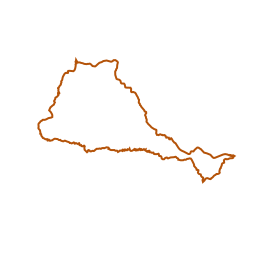 the district of Calarca, Quindío, Colombia, rotated 241°
{"feature_id": "7082276B90066028966732", "entity_name": "Calarca", "entity_type": "district", "adm_level": 2, "iso_a3": "COL", "parent_name": "Colombia", "parent_adm1": "Quindío", "projection": "albers", "projection_center": [-75.682, 4.454], "detail": "fine", "context": "isolated", "style": "outline", "palette": "amber", "viewbox_px": 256, "rotation_deg": 241, "n_neighbors": 0, "source": "geoboundaries", "source_scale": "gbopen_adm2", "svg_char_len": 5813}
<svg xmlns="http://www.w3.org/2000/svg" viewBox="0 0 256 256"><g transform="rotate(241 128 128)"><path d="M194.3,148.2L194.0,147.2L194.0,146.0L194.2,145.3L197.4,142.0L198.5,138.9L198.4,137.0L198.9,134.6L198.4,132.1L197.9,130.2L197.8,129.1L198.0,128.8L199.4,127.0L201.5,126.5L202.8,125.8L203.3,124.3L203.7,123.7L203.8,123.0L204.3,122.2L205.3,120.8L206.5,119.9L207.9,118.3L208.7,117.7L209.4,116.3L209.9,115.9L211.3,115.6L212.7,115.6L211.9,115.0L211.6,114.4L211.3,114.3L210.5,114.0L209.7,114.4L209.4,114.3L209.3,113.3L209.0,112.9L208.1,112.6L207.0,111.8L205.5,110.5L204.4,109.0L204.2,107.7L206.3,104.7L206.9,103.4L206.5,102.7L205.6,102.5L205.3,102.1L206.4,100.2L206.3,99.3L206.0,98.5L204.5,96.1L203.7,95.2L201.9,93.7L201.2,92.2L200.0,91.8L199.5,90.9L198.5,90.3L197.9,88.5L196.5,86.5L196.6,86.4L197.0,86.6L196.9,86.2L196.6,86.0L195.9,86.1L195.4,85.9L194.5,85.2L194.1,85.0L192.1,84.9L191.6,84.7L191.6,84.4L192.6,84.2L192.6,83.8L191.5,83.2L190.6,83.2L189.8,81.3L189.7,79.2L188.5,78.2L187.4,76.4L186.9,76.3L185.9,76.5L185.4,75.7L184.7,74.9L184.3,74.2L184.3,73.2L183.6,70.1L181.7,67.6L179.2,68.2L176.7,68.2L175.9,68.0L174.3,67.1L174.3,66.1L175.2,63.2L175.2,60.9L175.4,59.6L175.8,58.5L176.4,57.7L176.5,57.2L176.2,56.5L176.2,54.7L175.6,53.6L175.5,52.9L175.1,51.9L174.5,51.4L172.2,50.3L171.7,49.8L171.1,49.5L170.5,49.5L168.8,49.9L166.0,49.0L165.6,48.5L165.2,48.9L164.6,49.0L163.5,48.5L162.5,48.5L161.2,48.8L160.6,48.7L159.7,49.5L158.2,50.3L157.5,51.8L156.2,51.5L155.9,51.7L155.8,52.2L156.3,52.8L156.3,53.1L155.9,53.3L154.6,53.6L154.5,54.4L154.0,55.6L154.2,57.6L154.2,58.4L154.1,58.8L152.4,61.1L151.1,61.7L150.7,62.1L150.4,63.0L149.3,63.3L147.8,64.8L147.6,65.4L147.7,66.2L147.4,66.8L145.6,68.2L144.5,69.3L143.7,69.8L143.2,69.8L143.0,70.3L141.8,71.3L141.7,73.5L141.2,73.9L140.3,73.7L140.0,73.9L140.0,75.2L138.3,76.4L138.5,77.5L138.4,77.9L138.1,77.9L137.0,77.7L136.5,77.4L135.8,78.0L135.7,78.7L134.6,78.7L134.0,79.4L133.9,81.0L133.6,81.2L132.8,81.2L132.0,80.3L130.0,79.5L126.7,80.4L126.9,81.3L127.8,82.2L127.8,82.8L127.1,83.4L126.0,83.6L125.5,84.2L125.3,85.5L125.1,86.2L124.5,86.8L124.4,87.4L124.8,88.9L125.0,90.5L124.1,92.2L123.9,93.1L122.9,94.2L123.1,94.8L122.6,96.6L121.9,97.2L121.5,99.9L120.3,101.4L119.2,101.5L119.0,100.9L117.1,102.3L116.6,103.0L115.4,105.3L114.2,106.0L113.5,107.4L113.0,107.6L111.9,107.6L111.9,108.8L112.2,109.9L111.7,110.7L111.5,111.7L110.6,111.9L110.4,112.1L110.5,112.4L111.3,112.9L109.8,114.0L109.9,114.5L110.8,114.6L110.7,114.9L110.4,115.3L109.5,115.6L109.0,116.5L109.6,117.3L108.7,118.1L108.7,118.4L109.2,119.3L108.2,119.1L107.3,119.1L106.7,119.3L106.5,119.6L106.2,120.3L106.1,121.4L106.4,123.1L105.6,123.0L105.3,123.3L106.0,124.0L105.9,124.3L105.2,124.9L104.6,124.3L104.4,124.3L104.4,125.6L103.9,125.6L103.7,125.8L103.8,126.2L104.3,126.9L104.0,127.5L104.2,128.2L104.0,128.3L102.9,127.9L102.7,128.0L102.7,128.3L103.2,128.9L103.2,129.3L103.0,129.5L102.4,129.2L102.0,129.4L101.6,130.4L101.8,131.7L100.7,132.0L100.7,133.0L99.9,132.4L99.6,132.4L98.7,133.0L98.3,134.1L98.2,134.1L97.7,133.6L97.5,133.9L98.0,134.8L97.9,135.5L97.6,135.7L96.7,135.1L96.3,135.2L95.5,136.4L94.7,136.9L94.3,138.2L94.2,138.3L92.9,138.1L92.4,138.4L91.1,140.7L90.7,142.2L90.2,142.3L88.7,141.7L88.2,141.9L87.7,142.8L87.1,143.2L86.4,143.2L85.0,142.7L84.2,143.0L83.7,143.4L83.2,144.5L83.7,145.8L83.6,147.1L83.3,147.7L82.4,147.9L82.0,148.3L81.6,151.0L80.2,154.0L79.8,155.6L79.5,155.9L78.1,156.2L77.6,156.7L76.9,157.0L76.4,157.0L75.9,156.6L74.1,158.6L73.0,160.8L73.0,161.9L72.2,163.2L72.3,164.8L71.7,166.1L71.7,166.9L70.8,168.1L69.3,168.3L64.6,168.1L63.5,167.9L62.9,167.4L62.7,167.4L59.2,168.2L58.6,167.8L58.2,167.7L57.7,168.1L57.3,168.9L57.0,169.1L56.5,168.9L55.2,167.6L54.7,167.5L53.6,167.7L52.1,169.1L50.7,168.7L49.6,168.8L49.1,169.0L48.3,169.6L47.9,169.6L47.4,169.3L46.3,167.9L44.5,167.4L45.0,169.4L45.8,170.7L46.0,171.5L46.0,172.2L45.6,173.2L43.8,174.7L43.3,175.4L43.3,175.8L43.7,176.4L43.7,177.5L43.9,178.4L44.6,180.2L44.6,181.9L44.9,183.1L44.2,184.3L44.1,185.9L44.5,186.6L45.8,186.9L47.3,188.3L47.8,188.9L47.9,189.6L48.3,189.8L49.9,191.9L50.9,192.6L51.3,193.4L51.1,195.3L51.6,195.6L52.7,195.9L52.9,196.2L53.4,196.5L53.6,196.8L53.7,197.6L53.5,198.6L52.9,199.0L52.3,200.3L52.1,202.4L51.0,204.7L51.0,205.6L51.8,206.4L51.9,207.5L53.1,206.8L53.3,206.3L53.3,205.1L53.6,204.5L54.4,204.0L53.6,204.8L53.9,204.8L54.5,204.3L54.7,204.5L55.0,204.1L54.7,203.7L56.8,201.9L58.1,200.3L58.7,198.3L59.8,189.5L60.4,188.3L61.5,187.8L64.6,187.1L67.6,184.7L69.6,182.6L74.4,181.4L75.2,180.8L76.4,180.3L77.1,179.6L77.3,178.9L77.2,178.4L76.6,175.8L75.8,173.9L76.8,172.3L76.9,171.7L76.7,171.3L75.8,170.4L75.5,169.8L75.5,169.1L76.0,168.2L80.4,165.3L81.8,164.2L83.3,163.3L84.6,162.8L86.3,162.5L91.6,162.2L92.4,161.8L92.6,161.5L95.0,161.0L97.4,161.0L98.1,160.8L98.2,160.2L97.7,159.3L98.1,158.7L98.5,158.6L99.7,159.0L100.2,158.2L100.9,157.7L101.0,156.9L101.6,157.0L102.3,156.7L102.8,157.0L103.2,157.0L104.3,156.3L104.7,155.0L105.4,154.6L105.5,154.2L106.8,153.2L107.0,152.6L106.9,151.4L107.5,150.8L107.9,150.0L109.8,150.1L111.3,151.2L111.8,151.4L112.3,151.8L112.7,151.8L114.5,150.3L117.3,148.8L118.5,148.6L122.2,147.5L123.2,147.5L124.2,147.2L124.7,147.3L125.8,148.2L126.6,148.5L128.0,148.6L129.2,149.1L130.6,149.1L131.0,149.2L131.6,150.0L132.1,151.1L133.2,151.6L133.7,151.3L134.4,150.6L135.7,150.8L140.2,149.9L141.5,150.0L142.4,149.6L143.6,150.1L144.7,149.7L145.1,149.8L147.3,151.3L148.6,151.2L150.2,151.5L151.9,151.4L154.4,151.5L155.4,151.3L157.0,150.0L157.4,148.8L157.8,148.4L158.5,148.4L160.7,149.7L162.0,149.7L164.2,146.0L164.9,145.4L167.7,146.2L168.8,146.0L170.1,143.9L170.9,143.7L172.6,144.2L173.3,144.2L174.5,143.7L175.9,142.2L176.6,141.8L180.6,142.6L183.5,144.1L184.0,144.7L184.3,145.5L185.1,146.1L185.8,147.5L188.4,149.2L190.2,150.9L191.1,151.0L193.3,150.0L193.7,149.6L193.9,148.9L194.3,148.2Z" fill="none" stroke="#b45309" stroke-width="2"/></g></svg>